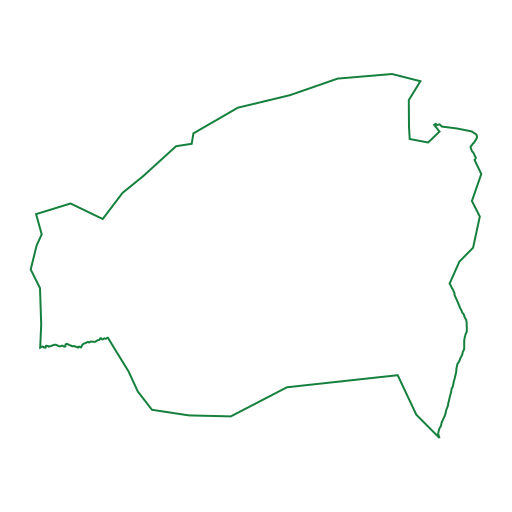 the district of Altanbulag, Töv, Mongolia
{"feature_id": "93677404B27653771578089", "entity_name": "Altanbulag", "entity_type": "district", "adm_level": 2, "iso_a3": "MNG", "parent_name": "Mongolia", "parent_adm1": "Töv", "projection": "natural_earth1", "projection_center": [106.111, 47.461], "detail": "fine", "context": "isolated", "style": "outline", "palette": "green", "viewbox_px": 512, "rotation_deg": 0, "n_neighbors": 0, "source": "geoboundaries", "source_scale": "gbopen_adm2", "svg_char_len": 4502}
<svg xmlns="http://www.w3.org/2000/svg" viewBox="0 0 512 512"><path d="M420.4,81.2L391.9,74.0L337.6,78.6L289.8,95.2L237.8,107.7L193.4,133.4L191.7,143.8L176.1,146.2L143.2,176.1L122.6,192.8L102.7,219.0L70.5,203.5L36.1,214.1L41.7,234.4L36.6,245.5L30.7,269.5L40.0,288.1L41.2,324.6L40.2,347.6L41.0,347.2L41.5,346.8L41.8,346.7L42.0,346.7L42.3,346.6L42.7,346.6L43.0,346.7L43.4,346.8L43.5,347.2L43.8,347.4L44.0,347.5L45.3,347.7L45.6,347.6L45.8,347.3L45.7,346.9L45.7,346.4L45.8,346.1L46.0,345.9L46.3,345.8L46.8,345.8L47.1,345.9L47.4,346.0L47.9,345.9L48.2,346.1L48.4,346.4L48.7,346.6L49.1,346.6L49.4,346.5L49.7,346.4L50.0,346.3L50.3,346.2L50.6,346.1L50.8,346.0L51.1,345.9L51.5,345.9L51.8,345.8L52.1,345.6L52.7,345.3L53.8,344.9L54.7,344.8L55.6,344.7L56.6,345.0L57.2,345.3L57.7,345.7L58.6,346.1L59.1,346.3L59.6,346.4L60.0,346.3L60.4,346.2L60.9,346.1L61.3,345.9L61.8,345.8L62.3,345.7L62.7,345.7L62.9,345.9L63.1,346.1L63.4,346.3L63.6,346.4L64.1,346.5L64.3,346.6L64.9,346.6L65.3,346.5L65.5,346.2L65.4,345.2L65.5,344.7L65.8,344.3L66.1,344.1L66.5,343.9L66.8,344.0L67.3,344.1L67.9,344.2L68.4,344.6L68.9,344.8L69.4,345.1L70.0,345.3L70.5,345.5L71.3,345.7L71.6,346.0L72.2,346.3L72.7,346.3L73.2,346.1L73.7,346.0L74.2,346.1L74.6,346.3L75.2,346.7L75.8,346.7L76.1,346.7L76.7,346.8L77.2,347.2L77.4,347.4L77.7,347.5L78.1,347.5L78.5,347.1L78.9,346.7L79.4,346.7L79.9,347.0L80.3,347.2L80.8,347.4L81.2,347.3L81.4,346.7L81.6,346.3L81.8,345.7L82.0,345.3L82.6,344.6L83.2,344.0L84.0,343.6L85.3,343.1L86.3,342.7L86.9,342.4L87.4,342.1L87.9,342.0L88.3,342.0L88.7,342.3L89.1,342.5L89.5,342.4L90.0,342.0L90.4,341.6L90.8,341.5L91.1,341.5L91.6,341.7L92.1,341.7L92.7,341.7L93.5,341.8L94.3,341.8L94.8,341.8L95.5,341.7L95.9,341.4L96.4,341.0L96.8,340.7L97.4,340.4L98.0,340.2L98.6,340.1L99.2,339.9L99.6,339.6L99.9,339.3L100.0,338.9L100.1,338.5L100.3,338.3L100.5,338.2L100.8,338.2L101.1,338.3L101.4,338.6L101.6,338.9L102.0,339.2L102.3,339.4L102.5,339.4L102.8,339.3L103.3,339.1L103.6,338.9L104.0,338.6L104.2,338.4L104.5,338.4L104.9,338.4L105.3,338.6L105.6,338.7L105.9,338.7L106.2,338.7L106.5,338.5L106.8,338.2L107.1,338.1L107.3,338.0L107.6,337.8L107.9,337.7L115.6,350.4L128.6,371.5L137.8,391.5L152.0,409.8L188.9,415.4L230.8,416.4L286.9,387.3L315.1,384.2L397.7,375.2L416.3,414.7L439.5,438.0L438.5,435.0L438.3,434.5L438.2,433.8L438.3,432.7L438.5,431.8L438.7,430.9L438.9,430.0L439.2,429.1L439.7,427.9L440.6,426.5L441.2,425.0L441.4,423.9L441.5,423.0L441.8,422.2L442.0,421.5L442.5,420.8L443.1,419.5L443.6,418.2L444.1,417.2L444.6,416.3L444.9,415.3L445.2,414.4L445.5,413.6L445.7,412.5L446.0,411.2L446.3,409.9L446.6,409.0L447.1,408.0L447.5,406.8L448.0,405.5L448.2,404.4L448.2,403.4L448.4,402.6L448.8,401.4L448.9,400.7L449.1,399.8L449.3,399.1L449.6,397.7L450.1,395.7L450.7,393.6L451.0,392.5L451.3,391.0L451.5,389.3L451.7,388.5L451.8,388.2L452.4,387.5L452.7,387.0L452.8,386.2L453.1,385.2L453.5,383.3L453.8,381.3L454.2,380.1L454.5,379.0L455.0,377.2L455.2,375.9L455.5,375.0L455.7,374.1L455.9,373.2L456.1,372.3L456.3,371.2L456.3,370.4L456.4,369.4L456.4,368.4L456.6,367.8L456.8,367.0L457.0,366.1L457.2,364.8L457.4,364.1L457.8,363.4L458.3,362.8L458.9,361.8L459.3,360.9L459.9,359.4L460.3,358.3L461.1,356.9L461.9,355.4L462.2,354.6L462.4,354.0L462.5,353.2L462.8,351.9L463.7,350.2L464.1,349.3L464.2,348.6L464.2,347.1L464.2,345.6L464.2,344.6L464.2,342.6L464.2,341.4L464.2,340.5L464.3,339.8L464.5,339.0L464.6,338.0L465.2,335.9L465.5,334.4L466.0,333.3L466.8,331.6L466.8,330.2L466.8,328.5L466.8,327.2L466.7,325.3L466.6,322.3L466.3,320.4L466.1,319.9L465.4,318.4L464.7,317.6L464.5,316.6L463.9,314.9L463.7,314.2L462.4,312.9L461.9,311.7L461.5,310.5L460.2,308.1L459.6,307.0L459.5,306.1L459.0,305.5L458.6,304.2L457.8,302.2L457.1,300.7L456.7,299.7L454.8,295.7L454.5,294.7L454.5,293.7L454.2,292.4L453.5,291.1L453.2,290.1L452.4,288.8L451.8,287.9L451.1,286.4L450.4,284.8L449.6,283.6L459.4,261.6L473.1,247.7L479.8,216.5L471.9,201.0L481.3,174.0L474.6,160.0L475.1,159.3L475.7,158.1L475.7,157.4L475.3,156.6L474.7,155.8L474.4,154.9L473.9,153.7L473.2,152.5L472.4,151.7L471.9,151.0L471.0,148.6L470.6,147.2L470.7,146.4L471.3,145.8L472.2,144.8L472.8,143.7L473.8,142.9L475.9,139.7L476.7,138.2L477.0,137.0L476.9,136.0L476.3,134.6L476.2,134.4L471.6,131.4L457.1,128.5L448.5,127.4L441.9,126.6L441.0,125.7L439.6,124.4L438.7,124.6L438.1,124.7L437.7,124.8L436.8,124.9L435.7,123.9L435.3,124.1L434.2,124.9L434.3,125.0L436.0,127.2L439.2,131.2L439.3,131.4L439.5,131.6L430.1,140.6L428.1,142.5L409.7,139.0L409.0,126.8L408.8,100.1L420.4,81.2L420.4,81.2Z" fill="none" stroke="#15803d" stroke-width="2"/></svg>